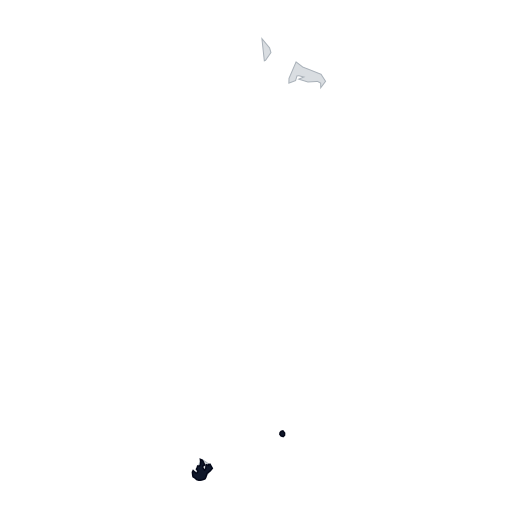 where Vava'u sits in Tonga, rotated 172°
{"feature_id": "TON-4946", "entity_name": "Vava'u", "entity_type": "state/province", "adm_level": 1, "iso_a3": "TON", "parent_name": "Tonga", "parent_adm1": "", "projection": "robinson", "projection_center": [-174.104, -18.692], "detail": "fine", "context": "in_parent", "style": "filled", "palette": "ink", "viewbox_px": 512, "rotation_deg": 172, "n_neighbors": 0, "source": "natural_earth", "source_scale": "10m", "svg_char_len": 1171}
<svg xmlns="http://www.w3.org/2000/svg" viewBox="0 0 512 512"><g transform="rotate(172 256 256)"><path d="M188.6,428.6L190.4,428.6L192.4,424.2L199.4,422.6L198.6,427.3L189.3,442.6L183.4,436.6L166.3,426.9L162.8,419.3L168.5,413.6L167.9,418.2L170.7,420.3L180.4,421.1L189.1,425.2L183.7,426.6L188.6,428.6ZM344.1,52.6L339.3,61.4L336.9,61.3L331.3,56.2L329.2,52.7L337.8,42.4L342.3,41.6L348.2,45.1L348.0,48.0L344.1,52.6ZM220.6,448.1L219.9,470.4L213.6,460.2L212.9,455.4L219.3,448.5L220.6,448.1Z" fill="#d9dde1" stroke="#a8b0b8" stroke-width="1"/><path d="M343.8,41.9L345.7,42.7L346.6,43.7L347.4,44.8L349.1,46.1L349.2,47.7L349.1,50.8L348.1,52.3L345.6,49.1L344.2,49.8L343.5,50.7L343.6,51.8L344.7,53.2L343.7,54.6L343.0,56.2L341.2,55.8L340.0,57.3L339.4,59.8L339.4,62.4L337.7,61.4L336.9,59.7L335.9,56.2L338.0,55.3L338.1,53.5L337.3,51.9L336.7,51.1L335.3,52.5L334.8,54.7L334.2,56.2L332.3,55.2L332.2,56.0L331.8,56.2L331.2,56.1L330.5,56.2L328.8,51.8L331.2,49.6L334.8,47.5L336.7,43.5L337.6,42.4L339.7,41.9L342.0,41.7L343.8,41.9ZM253.7,79.1L252.3,76.7L252.7,74.5L254.2,73.4L256.2,74.3L257.2,76.1L256.7,77.8L255.4,78.9L253.7,79.1Z" fill="#0f172a" stroke="#020617" stroke-width="1.5"/></g></svg>